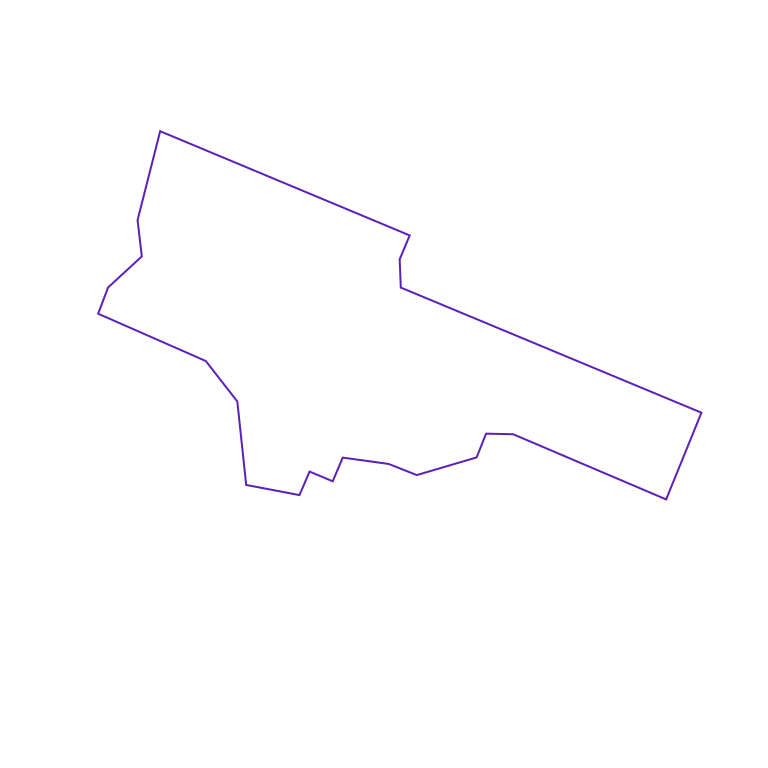 the district of Carson City, Nevada, United States of America, rotated 203°
{"feature_id": "52423323B56251326205746", "entity_name": "Carson City", "entity_type": "district", "adm_level": 2, "iso_a3": "USA", "parent_name": "United States of America", "parent_adm1": "Nevada", "projection": "equal_earth", "projection_center": [-119.737, 39.168], "detail": "fine", "context": "isolated", "style": "outline", "palette": "violet", "viewbox_px": 768, "rotation_deg": 203, "n_neighbors": 0, "source": "geoboundaries", "source_scale": "gbopen_adm2", "svg_char_len": 440}
<svg xmlns="http://www.w3.org/2000/svg" viewBox="0 0 768 768"><g transform="rotate(203 384 384)"><path d="M688.8,529.2L674.9,438.6L656.8,406.8L675.7,365.1L674.6,337.0L557.0,335.5L512.2,310.6L471.4,237.2L418.4,248.7L418.3,274.3L393.2,274.4L393.2,300.1L348.6,312.2L318.2,313.0L270.1,352.6L270.6,378.2L245.5,388.2L79.2,388.0L80.6,481.6L406.2,479.3L418.3,504.9L418.4,530.8L688.8,529.2Z" fill="none" stroke="#5b21b6" stroke-width="2"/></g></svg>